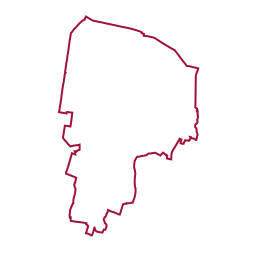 Vladaia, Mehedinti, Romania (Robinson projection), rotated 93°
{"feature_id": "2599482B98574489737850", "entity_name": "Vladaia", "entity_type": "district", "adm_level": 2, "iso_a3": "ROU", "parent_name": "Romania", "parent_adm1": "Mehedinti", "projection": "robinson", "projection_center": [23.037, 44.369], "detail": "fine", "context": "isolated", "style": "outline", "palette": "rose", "viewbox_px": 256, "rotation_deg": 93, "n_neighbors": 0, "source": "geoboundaries", "source_scale": "gbopen_adm2", "svg_char_len": 5740}
<svg xmlns="http://www.w3.org/2000/svg" viewBox="0 0 256 256"><g transform="rotate(93 128 128)"><path d="M223.8,180.3L223.9,178.7L224.3,175.5L224.6,170.8L224.7,168.9L225.2,164.6L226.3,164.7L226.6,163.9L226.7,163.7L227.0,163.5L227.5,163.5L227.6,163.4L227.7,162.9L227.9,162.7L228.1,162.7L228.7,162.7L231.4,163.5L235.3,164.4L235.4,163.4L235.9,161.6L236.2,161.0L236.4,160.5L237.0,159.7L237.1,159.4L237.1,159.0L236.9,158.4L235.8,157.9L231.6,156.8L229.8,156.5L229.5,156.5L229.3,156.2L230.7,155.7L231.8,155.1L232.2,154.9L232.7,154.4L232.9,154.1L233.0,153.8L233.1,153.2L233.3,152.6L233.4,151.9L233.5,151.0L233.8,148.1L232.5,147.6L230.7,146.8L230.8,145.3L230.0,145.0L228.3,144.5L226.9,144.3L225.9,144.4L225.2,144.8L224.4,145.9L223.9,146.2L222.6,146.6L221.6,147.0L221.3,147.2L221.1,147.5L220.5,147.4L219.4,147.1L218.4,146.7L217.8,145.8L217.2,145.5L215.6,145.0L215.2,144.9L214.5,144.7L213.7,144.3L213.3,144.1L212.2,143.8L210.9,143.6L211.7,141.7L211.9,141.4L212.7,139.1L212.7,138.1L213.7,135.5L214.2,134.2L214.6,133.3L214.9,132.1L215.2,131.9L215.6,131.8L214.1,131.4L210.8,130.6L207.3,129.7L204.3,128.9L203.9,127.3L203.7,126.2L204.5,126.2L203.0,125.5L203.0,125.4L203.4,124.9L203.3,124.5L203.2,123.7L202.7,121.2L202.4,120.4L202.2,119.2L201.4,119.2L198.0,118.1L196.5,117.7L193.0,117.2L191.4,117.1L189.4,117.2L188.3,117.3L187.9,117.3L186.0,118.0L183.8,118.3L180.5,118.6L177.9,118.6L173.3,118.3L172.3,118.4L171.8,118.6L169.7,119.0L168.6,119.3L168.0,119.6L167.1,119.8L166.3,119.9L164.4,119.9L160.4,119.6L158.1,118.4L156.7,117.7L156.2,117.3L156.2,116.7L156.1,115.9L155.1,112.0L154.4,108.7L154.0,108.0L153.2,107.3L153.0,107.0L152.6,106.4L152.4,106.0L152.3,104.4L152.0,103.1L151.8,102.6L151.7,101.2L151.3,100.0L151.4,99.5L151.6,98.8L152.5,97.0L153.3,95.1L153.8,94.3L152.7,93.5L151.7,92.4L150.9,92.0L150.7,91.8L150.9,91.4L152.1,89.8L152.2,89.5L152.6,88.5L153.2,88.6L153.6,87.4L156.4,87.5L157.1,83.2L153.5,83.2L152.0,83.3L151.3,83.2L149.3,82.7L148.7,82.4L147.4,81.7L144.2,80.0L136.5,76.0L136.0,75.8L136.4,74.9L136.6,74.5L136.6,74.3L136.7,74.1L136.8,74.0L137.1,74.0L137.5,74.2L138.2,74.4L138.7,74.6L139.0,74.7L140.3,74.7L140.5,74.7L140.7,74.3L140.7,73.9L140.9,72.5L140.9,71.9L140.8,71.6L140.1,71.5L139.5,71.4L138.0,70.4L137.3,70.3L137.5,69.1L137.4,68.8L137.4,68.6L137.2,68.4L137.3,67.2L137.5,67.1L137.6,66.8L137.6,66.7L137.4,66.7L137.0,66.0L136.8,66.0L136.4,65.6L135.2,65.2L134.0,65.2L133.7,65.4L133.8,64.7L134.1,64.4L134.4,64.3L134.5,64.1L134.8,63.8L134.9,63.4L135.1,62.1L135.2,61.4L135.6,60.7L136.2,59.8L136.4,59.6L136.8,59.3L137.1,59.2L133.0,58.6L131.4,58.2L130.9,58.2L130.1,58.4L128.9,59.0L128.4,59.2L127.7,59.3L125.6,59.5L124.8,59.7L124.6,59.9L123.4,61.0L123.1,61.1L121.3,61.0L120.9,60.9L120.7,60.8L120.5,60.5L120.2,60.0L119.8,59.5L119.6,59.3L118.2,58.9L117.5,59.0L116.3,59.4L114.9,58.9L113.8,58.8L112.6,58.8L111.7,59.1L111.5,58.9L111.3,58.9L110.5,59.3L109.3,59.2L108.7,59.6L108.2,59.7L107.8,59.4L107.6,59.3L107.5,59.8L107.5,60.1L107.2,60.3L106.8,60.0L106.0,59.7L105.6,59.7L104.9,60.2L104.6,60.8L103.8,61.9L100.4,61.9L75.6,62.9L71.4,63.0L66.0,61.2L65.0,60.9L64.7,61.0L64.7,61.6L64.1,64.5L64.0,65.4L63.7,67.2L63.6,67.4L63.4,68.3L63.0,70.6L63.1,72.1L62.9,72.5L62.7,72.8L61.2,74.0L59.2,75.8L57.9,77.0L57.0,77.6L55.8,78.7L55.6,79.1L54.8,79.7L53.9,80.2L47.8,85.5L45.8,89.7L41.7,97.4L40.0,100.4L36.7,106.1L36.3,107.6L35.9,109.4L35.7,111.0L35.3,113.2L35.2,115.2L35.0,117.2L34.7,117.2L33.2,117.0L32.7,118.4L32.6,119.3L31.7,119.4L31.4,119.8L31.1,120.4L30.8,121.8L29.9,124.9L29.1,128.4L28.9,129.2L28.7,130.3L28.5,131.1L27.7,136.2L27.1,140.4L25.4,150.6L24.9,154.1L23.8,160.5L23.5,163.2L22.6,168.4L22.5,168.5L22.1,169.8L20.6,172.7L19.6,174.4L19.6,174.7L19.4,175.1L18.9,175.8L21.4,176.9L22.1,177.0L21.9,177.5L22.7,178.4L23.7,179.6L25.3,181.2L26.6,182.4L28.6,184.0L30.3,185.3L32.5,187.3L34.3,188.5L35.3,189.1L36.0,189.9L36.7,190.1L37.6,190.1L41.8,190.6L43.0,190.7L43.3,190.8L44.6,191.0L45.4,190.9L51.1,191.5L53.0,191.5L55.0,191.8L56.8,191.9L58.2,192.2L60.2,192.3L64.2,192.6L65.7,192.9L74.0,193.6L74.9,193.7L75.4,193.8L75.9,193.2L76.1,193.4L76.5,193.6L76.8,193.7L77.1,193.9L78.4,194.0L79.7,194.2L80.4,194.1L81.0,194.1L81.7,194.3L82.7,194.4L85.5,194.7L86.4,194.7L87.0,194.9L88.5,195.1L89.9,195.2L90.5,195.3L93.3,195.6L95.6,195.7L97.6,196.0L102.7,196.2L103.6,196.4L105.8,196.6L108.4,196.8L109.8,197.1L111.6,197.2L113.5,197.4L114.6,197.5L114.9,197.7L115.8,197.8L116.7,190.1L115.3,190.0L115.3,188.0L115.5,185.7L115.6,184.4L122.4,184.9L126.3,185.2L129.5,185.6L129.4,186.8L129.1,188.4L129.1,189.9L129.0,190.6L129.0,191.2L131.7,191.4L134.9,191.8L140.7,192.4L141.1,192.4L141.5,192.2L142.5,191.4L143.3,190.7L143.9,190.2L144.3,189.6L145.2,188.8L147.5,186.7L148.9,185.2L149.5,184.5L149.2,183.9L148.9,182.9L148.6,182.1L148.4,181.1L148.4,180.6L148.1,179.8L147.9,178.3L147.5,176.2L147.2,175.5L152.3,175.2L152.7,176.1L153.1,177.1L153.3,177.3L153.2,177.3L154.0,178.9L154.0,179.5L154.0,179.9L154.5,179.6L154.9,179.2L156.3,179.6L156.7,179.4L157.2,179.3L156.9,180.0L156.1,182.6L170.7,186.0L171.0,186.2L172.0,186.4L173.2,186.7L174.1,187.0L174.9,187.4L175.4,187.5L175.8,187.6L176.3,187.5L176.8,187.5L177.0,187.1L178.4,182.6L180.4,177.1L180.8,177.2L181.5,177.3L182.3,177.4L182.9,177.5L183.8,177.7L184.9,177.8L185.3,178.3L185.5,178.3L185.9,178.2L186.4,178.3L187.3,178.8L188.6,178.3L189.1,178.4L190.3,177.8L191.7,177.2L193.4,177.2L196.0,177.5L197.2,177.7L198.7,178.1L201.8,178.7L205.3,178.8L205.7,178.7L205.9,178.8L205.9,178.7L206.1,178.7L206.3,178.9L206.5,179.0L206.4,179.1L206.5,179.2L206.8,179.1L207.1,179.2L208.0,179.9L208.6,180.0L208.9,180.2L209.0,180.3L209.5,180.2L209.8,180.4L209.8,180.5L212.5,181.3L212.8,181.5L213.1,181.6L213.8,181.5L216.6,181.7L217.9,181.7L220.2,181.6L220.4,181.5L220.4,181.3L220.6,181.2L220.3,180.6L223.8,180.3Z" fill="none" stroke="#9f1239" stroke-width="2"/></g></svg>